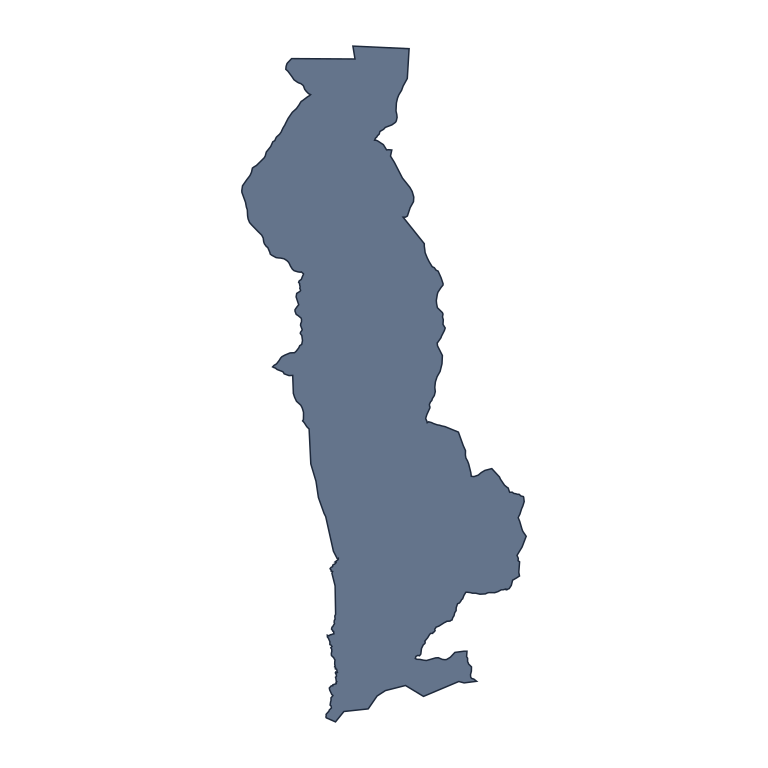 Afigya Kwabre North, Ashanti, Ghana
{"feature_id": "2480657B47912218033723", "entity_name": "Afigya Kwabre North", "entity_type": "district", "adm_level": 2, "iso_a3": "GHA", "parent_name": "Ghana", "parent_adm1": "Ashanti", "projection": "natural_earth1", "projection_center": [-1.628, 7.039], "detail": "fine", "context": "isolated", "style": "filled", "palette": "slate", "viewbox_px": 768, "rotation_deg": 0, "n_neighbors": 0, "source": "geoboundaries", "source_scale": "gbopen_adm2", "svg_char_len": 6105}
<svg xmlns="http://www.w3.org/2000/svg" viewBox="0 0 768 768"><path d="M476.6,681.3L473.9,679.1L471.6,678.4L470.7,677.2L470.5,674.6L471.4,671.2L471.5,666.9L468.6,664.0L468.2,662.8L467.6,661.7L467.6,658.2L466.6,656.7L467.0,651.2L464.0,651.2L454.9,652.4L450.4,657.2L446.6,659.5L445.0,659.7L442.3,659.4L438.3,657.7L435.5,657.9L426.5,660.5L423.6,660.2L420.0,659.4L416.8,659.3L415.3,658.5L415.9,656.4L417.8,655.4L419.5,655.8L420.8,654.1L421.5,648.5L423.3,644.8L424.9,643.5L425.2,642.0L424.8,641.2L427.7,637.7L429.4,634.8L430.6,633.4L432.7,633.4L433.1,632.4L433.9,632.1L435.1,630.7L434.7,629.2L435.9,627.6L436.0,627.2L438.9,626.1L444.4,622.6L445.8,622.0L446.7,621.3L450.0,621.1L451.2,620.2L452.0,620.0L452.8,617.6L454.0,615.8L454.7,612.7L456.1,610.7L456.2,607.7L457.6,603.7L459.4,603.0L460.7,601.3L461.7,599.5L462.6,598.9L463.9,595.5L465.8,592.3L466.9,592.2L470.4,592.6L472.4,593.2L475.7,593.2L479.9,594.2L485.4,593.9L487.7,592.8L489.1,592.6L494.7,592.7L498.0,591.6L501.3,589.8L503.1,589.8L505.9,589.0L506.1,589.8L506.9,589.8L507.7,589.2L509.2,588.6L511.3,585.4L512.6,580.2L516.6,577.9L519.5,576.0L518.8,572.3L519.6,561.8L518.1,560.7L518.3,558.3L517.0,555.4L522.1,547.0L526.2,536.3L522.8,531.3L522.0,529.2L519.7,521.3L518.2,517.7L518.9,516.1L519.9,514.2L521.6,508.8L522.8,506.1L524.2,501.6L523.7,497.4L523.4,496.6L521.0,496.0L519.1,494.3L517.4,494.3L515.7,493.7L513.7,493.4L512.3,492.2L509.7,492.3L508.9,490.3L508.2,488.0L507.2,487.4L504.5,485.2L500.4,479.1L499.5,477.0L491.8,468.6L484.9,470.4L481.2,472.6L478.3,475.1L474.0,476.6L471.3,476.3L470.8,472.5L468.7,464.0L467.5,460.9L465.9,458.0L465.4,455.0L465.5,450.6L463.3,445.7L458.4,432.1L445.0,426.6L441.7,425.9L439.6,425.2L437.4,424.9L433.4,423.5L431.6,422.6L428.6,421.8L427.2,422.7L426.8,421.0L425.7,418.7L425.9,417.6L426.9,414.5L429.9,407.9L429.9,406.7L429.6,406.3L429.4,404.3L430.6,401.8L431.8,400.5L432.4,398.5L434.3,395.6L435.3,391.6L434.8,387.4L435.4,381.9L437.1,376.7L440.1,371.4L442.0,363.8L442.4,355.5L437.5,345.8L437.2,342.9L437.8,342.3L441.0,337.7L441.4,336.4L444.4,330.5L445.2,328.0L443.0,324.4L443.3,319.7L442.5,317.0L443.0,314.1L442.4,312.6L437.4,307.7L436.6,303.7L436.3,300.6L437.3,294.4L437.9,292.3L441.1,287.4L443.0,285.1L443.1,283.8L441.1,277.8L438.1,271.1L436.1,270.2L434.3,267.7L432.2,266.7L429.2,261.8L427.2,257.8L425.1,252.6L424.8,249.7L424.3,246.2L424.3,243.7L403.1,217.2L405.6,217.1L407.4,216.0L410.2,207.6L413.5,201.7L413.8,197.1L412.2,191.5L409.9,187.4L402.4,178.0L394.4,162.4L390.5,156.1L391.8,150.0L388.6,149.7L386.6,149.9L383.4,144.7L378.0,141.1L376.3,140.3L374.6,140.2L375.5,138.1L376.8,137.0L377.4,135.8L379.2,134.1L379.9,131.5L383.6,129.3L385.3,127.4L391.9,124.9L395.1,122.6L395.7,122.0L396.3,120.9L397.1,117.4L396.8,114.5L396.0,111.0L396.4,102.9L397.5,98.2L398.8,94.9L401.6,90.3L403.1,86.1L407.3,78.5L409.1,48.7L352.9,46.1L355.0,59.0L291.6,58.6L287.6,62.8L286.9,63.8L286.1,66.4L285.8,69.3L287.9,71.2L292.1,76.9L294.0,79.8L297.4,82.2L298.7,82.9L300.8,83.6L302.9,85.2L303.5,86.0L304.7,89.3L306.3,91.4L308.6,93.7L310.6,94.6L309.7,95.5L307.4,96.9L302.4,100.7L301.2,101.4L299.9,103.4L299.4,104.4L296.5,108.5L292.3,112.3L288.1,118.4L285.4,123.7L285.0,124.7L283.1,127.8L281.8,130.5L281.3,131.8L279.6,134.2L276.5,137.0L275.8,138.2L274.8,140.6L272.8,141.8L270.7,146.5L266.3,152.0L265.2,156.1L264.1,157.9L256.4,165.5L254.0,166.9L252.4,168.1L251.5,172.2L250.0,175.5L246.7,179.8L242.5,185.8L241.8,190.6L241.9,192.4L245.5,202.3L246.4,207.2L247.3,209.8L247.6,215.9L248.1,218.9L249.6,222.6L252.0,225.3L258.1,231.6L261.7,235.1L263.2,238.0L263.7,241.8L264.4,243.8L266.4,246.6L267.7,247.4L269.9,252.5L270.2,254.0L271.7,255.2L276.1,257.6L279.2,258.0L280.3,258.0L284.1,258.8L285.5,259.7L287.0,260.7L288.5,262.2L289.4,263.7L290.4,266.0L292.4,269.2L294.1,270.7L298.0,271.9L300.4,272.2L301.3,271.9L303.5,273.8L303.5,274.2L302.4,276.5L301.3,279.4L299.2,280.9L298.6,282.4L299.6,283.5L299.6,284.7L300.1,286.6L299.8,288.5L300.3,289.4L300.6,290.4L299.9,291.4L296.7,293.4L296.1,296.9L298.7,304.8L297.0,306.8L295.0,309.7L295.0,311.2L296.2,314.4L298.1,315.6L301.1,318.1L301.5,319.3L301.5,321.9L300.8,323.4L300.5,325.2L302.2,329.7L301.7,330.7L300.5,332.3L300.3,333.5L301.8,335.5L302.5,340.6L301.7,344.4L299.7,345.7L298.8,347.8L296.1,351.3L294.5,352.7L290.1,352.9L284.8,355.1L281.9,356.7L280.6,358.1L279.2,360.4L276.5,363.9L274.1,365.3L272.6,366.9L273.7,367.5L275.4,368.1L277.1,369.5L282.8,371.7L283.7,372.9L284.1,373.8L289.0,375.6L292.7,375.4L293.3,392.0L293.3,393.3L294.6,397.3L296.5,401.3L300.8,405.2L302.1,407.7L302.7,409.5L303.5,412.3L303.5,415.6L303.4,419.6L302.6,420.9L303.6,421.9L304.5,423.1L306.8,426.7L309.1,429.0L310.8,463.9L316.0,481.3L318.4,497.5L324.1,513.5L325.7,516.6L333.4,551.2L337.1,558.4L337.8,558.7L338.3,558.4L338.3,558.7L338.3,559.2L338.0,559.7L335.0,562.0L336.1,562.4L335.8,563.0L334.5,564.2L333.2,564.6L332.7,565.4L332.6,566.6L331.2,567.3L330.1,568.5L330.1,568.8L331.2,570.2L331.1,571.1L332.6,571.5L331.9,573.3L332.0,573.6L335.1,585.9L335.6,614.3L334.8,616.0L335.1,619.2L334.3,620.4L334.1,622.2L334.5,623.7L333.2,625.6L332.8,626.6L332.0,627.1L331.5,629.1L332.5,630.3L332.7,631.1L333.6,631.4L333.9,633.8L332.2,634.2L331.7,634.6L330.4,634.7L328.9,635.8L327.3,635.2L327.4,637.0L328.3,638.1L329.9,641.7L329.9,644.6L330.8,644.9L332.0,646.5L330.8,647.8L331.7,649.1L331.8,651.5L331.6,652.0L331.3,653.6L331.4,655.3L331.8,655.9L333.8,657.8L334.2,658.8L334.8,659.6L335.0,660.1L334.8,661.1L334.7,663.4L334.7,664.4L335.1,665.6L334.6,666.8L335.5,667.3L335.3,668.6L335.4,669.0L336.4,669.0L336.6,669.2L337.1,671.1L336.9,671.6L337.4,672.5L336.7,672.8L335.8,672.0L335.4,672.6L335.5,673.3L336.4,674.9L336.4,676.5L335.5,677.2L335.9,678.5L336.3,681.6L336.7,681.8L336.0,682.5L336.0,682.9L336.3,683.6L336.1,683.8L332.9,684.7L332.8,685.0L332.8,685.7L331.2,685.9L329.3,688.0L329.7,690.0L331.8,694.5L332.9,695.4L332.4,696.3L331.0,697.8L331.0,700.6L330.6,701.8L330.1,705.1L331.1,706.0L331.4,708.0L329.3,710.0L328.9,711.2L326.1,714.3L326.2,715.5L325.9,717.1L326.4,717.7L326.4,717.9L335.5,721.9L343.9,711.5L368.2,708.9L377.1,696.0L385.4,690.6L405.5,685.5L423.5,696.4L458.8,681.5L464.1,682.9L476.6,681.3Z" fill="#64748b" stroke="#1e293b" stroke-width="1.5"/></svg>